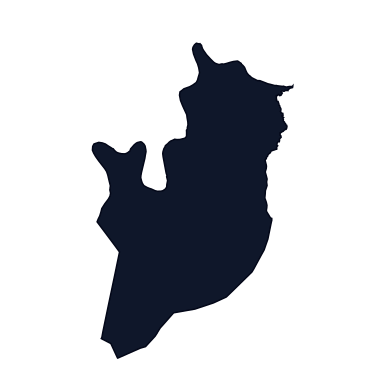 the district of Wuli West, Upper River, Gambia, rotated 166°
{"feature_id": "56634734B48610519572764", "entity_name": "Wuli West", "entity_type": "district", "adm_level": 2, "iso_a3": "GMB", "parent_name": "Gambia", "parent_adm1": "Upper River", "projection": "orthographic", "projection_center": [-14.204, 13.433], "detail": "fine", "context": "isolated", "style": "filled", "palette": "ink", "viewbox_px": 384, "rotation_deg": 166, "n_neighbors": 0, "source": "geoboundaries", "source_scale": "gbopen_adm2", "svg_char_len": 4315}
<svg xmlns="http://www.w3.org/2000/svg" viewBox="0 0 384 384"><g transform="rotate(166 192 192)"><path d="M68.6,270.3L68.5,270.6L68.9,270.3L69.6,270.2L71.8,270.8L75.2,271.0L77.8,272.6L78.7,272.6L83.4,274.4L84.7,275.1L85.6,275.1L90.1,277.6L92.3,278.7L94.2,280.1L99.2,283.6L101.6,284.3L103.0,285.5L103.4,285.9L104.5,286.8L106.5,288.6L107.6,290.4L108.7,291.7L109.8,294.0L110.3,296.2L110.9,300.3L112.0,302.5L113.1,304.1L113.1,304.8L113.8,305.6L114.7,306.5L115.1,307.2L116.2,308.1L120.3,308.6L123.4,308.6L127.3,308.4L130.5,308.4L131.2,308.8L132.5,309.1L133.8,309.1L134.9,309.1L136.1,309.8L138.1,311.1L139.4,312.5L140.0,313.4L142.0,316.7L144.7,321.7L146.5,326.4L147.1,328.4L147.3,330.4L147.3,332.0L148.4,334.0L148.9,333.8L151.8,335.3L154.0,334.2L156.0,332.2L156.9,330.4L157.1,325.5L156.3,318.8L155.6,315.2L155.4,310.9L155.8,305.9L156.9,303.9L158.0,302.1L159.6,299.2L161.4,297.2L165.4,295.6L168.7,294.7L174.9,294.1L177.2,293.0L179.4,292.1L180.7,289.0L181.0,283.6L180.3,278.4L179.7,275.1L178.4,268.3L178.8,265.2L179.1,260.9L179.7,258.0L180.9,255.8L181.1,255.0L181.3,254.2L182.4,253.3L182.9,250.9L183.8,247.5L183.8,247.4L185.4,246.1L187.0,245.9L188.3,245.9L191.0,245.9L193.9,246.5L196.1,247.4L196.8,247.2L198.8,246.8L200.4,246.6L202.4,245.7L203.7,244.8L204.8,244.3L206.6,243.4L207.3,242.3L208.8,240.8L210.4,238.1L211.1,236.3L211.5,233.2L212.5,216.6L212.3,213.9L212.9,213.0L212.9,211.2L212.9,209.0L214.5,205.6L215.4,202.9L216.7,201.7L217.0,201.4L219.9,200.3L221.9,200.3L224.1,200.8L225.0,200.9L227.4,202.1L230.8,204.8L232.3,205.7L234.5,207.3L236.3,209.0L237.2,209.9L238.1,212.6L238.3,214.9L238.3,218.2L237.6,220.3L236.3,223.2L229.6,236.1L228.4,239.0L226.9,242.2L226.6,244.0L226.4,248.0L227.1,250.2L228.8,252.7L229.9,253.2L233.1,253.2L234.2,252.9L236.6,251.8L239.5,249.8L241.1,248.7L242.2,246.9L245.1,245.6L247.6,245.2L250.9,246.1L253.6,247.4L255.6,248.8L257.1,251.0L258.0,253.0L259.1,253.7L259.8,254.6L262.0,256.8L264.4,259.5L267.1,261.3L270.4,262.7L273.5,262.5L275.5,262.3L277.3,260.3L278.5,256.7L278.0,253.5L276.9,249.7L274.9,244.6L271.0,235.8L269.9,232.5L269.6,228.9L269.7,222.6L269.7,217.7L270.5,215.8L270.7,215.1L271.2,213.9L271.3,210.5L272.6,207.8L274.8,205.4L279.5,201.6L283.5,197.8L285.3,194.4L287.3,191.1L289.6,188.4L291.3,186.0L281.7,163.2L279.0,156.7L276.9,151.5L276.8,151.4L283.4,137.7L284.2,136.0L284.9,134.6L285.6,133.1L288.5,127.1L300.1,103.2L312.1,78.3L314.6,72.8L315.5,71.7L307.5,64.7L307.3,64.1L304.4,48.8L304.8,48.7L304.7,48.7L280.1,53.0L274.5,53.2L262.7,61.0L259.8,63.7L259.8,63.8L255.6,67.9L254.5,68.6L246.2,74.3L239.1,79.2L237.3,79.1L217.4,77.7L198.0,79.2L197.5,79.3L192.7,80.2L191.6,80.4L188.5,81.0L184.7,81.7L184.0,81.9L181.9,83.1L178.6,85.0L153.2,99.9L150.7,102.4L140.3,113.8L138.8,115.4L137.3,117.0L136.0,118.4L132.9,123.2L129.8,127.9L122.5,143.2L121.4,145.3L121.0,147.1L122.1,147.8L124.3,154.8L124.3,156.2L123.3,158.5L122.5,160.9L122.4,164.1L122.8,168.5L121.2,173.1L120.5,175.5L117.6,180.1L117.2,183.7L116.0,186.4L116.0,189.4L116.0,190.0L116.1,193.4L115.9,194.1L114.3,196.8L113.6,198.7L113.4,200.0L113.4,205.4L111.8,206.4L111.8,207.2L109.7,208.8L109.7,209.1L109.3,209.8L108.2,210.4L106.6,211.1L106.3,211.5L105.8,212.0L105.0,212.9L103.8,212.7L103.1,212.9L101.3,212.9L100.9,213.2L99.5,213.0L99.1,214.1L99.1,215.0L98.1,215.9L97.7,216.1L98.2,216.8L98.1,217.7L97.3,219.4L96.5,219.9L95.6,219.7L95.2,219.6L94.7,220.5L94.5,221.3L94.4,221.7L94.2,222.4L92.3,223.5L92.2,225.1L92.8,225.7L92.8,226.4L92.4,226.9L92.4,228.0L91.7,228.0L90.5,228.5L89.2,228.8L88.7,228.9L87.8,229.6L86.7,229.9L86.2,230.5L85.5,230.1L85.4,230.2L85.1,230.6L84.7,231.0L84.4,231.7L84.0,232.6L84.0,233.0L84.0,233.9L84.9,234.6L84.7,235.7L85.4,236.7L85.4,237.6L86.2,238.5L86.1,239.4L85.8,240.0L86.0,241.4L85.1,242.1L85.6,242.5L86.5,243.7L86.3,244.3L85.2,244.1L84.9,245.7L84.9,246.4L85.4,246.6L86.3,247.0L86.3,247.5L86.3,248.0L86.8,248.8L86.1,249.6L85.9,250.4L85.6,250.9L85.8,252.2L86.1,252.9L86.1,254.7L86.6,255.2L86.4,256.3L86.6,259.1L87.9,260.0L87.9,261.1L87.5,261.3L87.5,262.0L87.5,262.4L87.0,264.5L87.0,264.9L86.6,265.2L86.2,265.2L85.7,264.9L85.4,265.1L84.6,265.8L83.9,265.2L83.6,264.3L82.3,264.3L81.6,265.0L80.5,266.1L80.7,266.7L81.6,267.4L81.6,267.9L81.1,268.3L80.2,268.3L78.6,267.5L77.7,267.5L77.3,268.1L76.1,267.7L74.3,267.2L74.1,267.9L71.9,269.0L69.2,269.0L68.6,270.3Z" fill="#0f172a" stroke="#020617" stroke-width="1.5"/></g></svg>